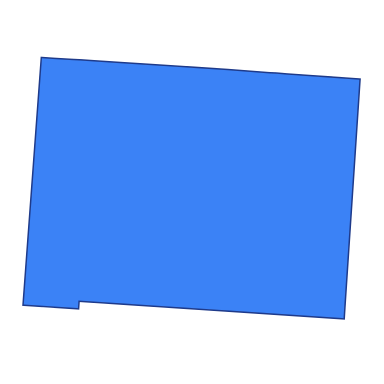 outline of Hamilton, Kansas, United States of America, rotated 94°
{"feature_id": "52423323B73588263227538", "entity_name": "Hamilton", "entity_type": "district", "adm_level": 2, "iso_a3": "USA", "parent_name": "United States of America", "parent_adm1": "Kansas", "projection": "orthographic", "projection_center": [-101.918, 38.0], "detail": "fine", "context": "isolated", "style": "filled", "palette": "blue", "viewbox_px": 384, "rotation_deg": 94, "n_neighbors": 0, "source": "geoboundaries", "source_scale": "gbopen_adm2", "svg_char_len": 391}
<svg xmlns="http://www.w3.org/2000/svg" viewBox="0 0 384 384"><g transform="rotate(94 192 192)"><path d="M68.3,351.7L316.7,352.7L316.5,297.0L308.9,297.0L308.0,31.3L296.0,31.4L67.6,32.2L67.6,39.7L67.6,105.7L67.4,115.9L67.6,123.3L67.3,164.4L67.6,236.0L67.6,237.2L67.8,272.7L67.9,299.4L67.9,312.0L68.1,321.0L68.3,338.5L68.3,351.7Z" fill="#3b82f6" stroke="#1e3a8a" stroke-width="1.5"/></g></svg>